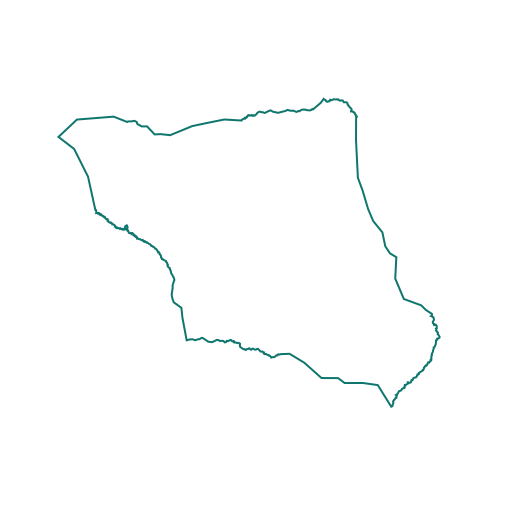 Batshireet, Hentiy, Mongolia (Albers equal-area conic projection), rotated 341°
{"feature_id": "93677404B78504825673469", "entity_name": "Batshireet", "entity_type": "district", "adm_level": 2, "iso_a3": "MNG", "parent_name": "Mongolia", "parent_adm1": "Hentiy", "projection": "albers", "projection_center": [109.766, 48.797], "detail": "fine", "context": "isolated", "style": "outline", "palette": "teal", "viewbox_px": 512, "rotation_deg": 341, "n_neighbors": 0, "source": "geoboundaries", "source_scale": "gbopen_adm2", "svg_char_len": 6150}
<svg xmlns="http://www.w3.org/2000/svg" viewBox="0 0 512 512"><g transform="rotate(341 256 256)"><path d="M371.1,129.5L367.2,132.2L357.7,135.9L357.6,135.5L356.1,135.5L355.6,135.9L354.7,136.0L351.6,134.7L349.9,133.4L349.2,133.4L348.0,132.7L345.9,132.7L344.2,133.3L343.4,132.7L341.2,133.0L338.6,130.7L336.8,130.3L334.2,128.8L333.7,128.2L330.5,128.4L323.5,127.8L319.0,125.1L317.3,123.1L315.4,123.0L310.9,123.6L309.9,122.9L309.4,122.3L308.5,122.1L306.3,120.6L304.0,121.0L302.5,122.1L300.4,122.9L299.7,122.2L299.2,122.5L298.4,122.3L298.3,121.7L298.0,121.4L297.2,121.7L296.7,121.2L295.5,121.1L295.6,120.7L295.3,120.5L294.2,120.5L292.5,121.3L292.5,121.9L291.5,122.2L290.4,121.7L290.0,122.5L289.6,122.2L288.2,122.4L288.4,122.6L287.8,122.4L286.4,123.2L270.4,116.6L254.7,114.5L238.0,112.4L214.1,113.8L205.7,109.8L199.7,108.0L195.2,98.0L190.0,96.2L188.1,93.9L187.1,93.1L186.7,91.9L187.0,91.0L186.7,90.3L185.2,88.7L183.6,88.3L182.5,88.3L179.0,87.1L177.9,87.4L166.8,77.9L131.1,68.7L108.0,79.1L118.9,95.6L123.0,126.3L119.1,160.2L119.7,160.6L119.5,160.9L119.6,161.3L119.3,162.2L119.3,162.9L118.9,163.4L120.7,163.9L120.6,164.3L121.1,164.3L121.2,164.9L121.6,164.8L121.6,165.3L122.1,165.2L122.8,165.8L122.4,166.6L123.3,166.8L123.3,167.6L124.4,168.3L124.6,168.5L124.4,168.7L124.5,169.1L125.6,169.8L125.3,170.2L125.9,170.9L125.8,171.1L126.2,172.1L127.1,172.8L127.6,172.8L127.6,173.6L127.2,174.2L127.8,174.5L127.5,175.2L127.9,176.1L128.5,176.7L129.5,176.9L129.4,177.5L130.3,178.1L130.4,179.2L131.0,179.1L131.3,179.8L132.2,180.6L132.7,182.0L132.4,182.3L132.8,182.4L132.9,182.9L132.9,183.5L133.3,183.5L133.2,184.1L134.0,184.6L134.4,184.3L136.0,185.9L136.6,185.5L136.8,185.9L136.7,186.2L137.3,186.2L137.8,187.0L138.1,187.0L138.2,187.3L138.7,187.0L139.6,187.5L139.6,187.9L139.9,187.9L141.3,187.3L141.1,186.6L142.1,185.3L143.8,184.9L144.0,185.5L143.7,186.0L144.0,186.5L143.8,187.4L143.3,187.5L142.9,188.4L142.2,188.6L142.6,188.7L142.4,189.3L142.7,190.1L143.3,190.2L143.1,191.1L143.5,191.8L143.3,192.7L144.1,193.4L144.7,193.4L145.2,194.2L145.3,193.7L146.6,194.0L147.3,195.6L147.1,196.6L147.9,196.7L147.8,197.3L148.3,197.7L148.0,198.2L148.5,198.8L149.1,198.7L149.2,200.5L149.8,200.2L150.0,201.2L150.8,202.0L152.0,202.4L152.7,203.7L154.1,203.9L154.1,205.0L154.9,205.7L155.0,206.3L155.3,206.4L155.4,205.6L156.4,206.5L156.8,207.7L157.5,207.7L158.4,209.2L160.1,211.0L160.1,212.2L161.2,212.9L161.5,213.7L162.3,214.1L162.9,215.5L162.9,216.0L164.1,217.2L164.1,217.9L164.6,218.8L164.5,219.5L164.8,220.0L164.7,220.9L165.6,221.1L165.7,222.4L165.4,223.1L166.1,223.8L166.1,225.8L165.7,226.5L166.2,227.6L166.1,228.3L166.9,228.6L167.0,229.2L169.3,231.6L169.2,232.8L169.7,233.4L169.5,234.7L169.6,235.2L169.4,235.8L169.7,235.8L169.2,237.4L170.1,238.8L170.2,239.6L170.5,239.7L170.2,240.2L170.6,241.8L170.4,242.1L170.5,242.8L170.2,244.4L170.4,245.7L170.8,246.8L170.7,248.1L171.2,249.2L171.1,251.7L171.0,252.2L169.9,253.4L167.4,256.9L166.9,258.9L163.7,265.0L163.1,269.0L163.2,273.1L168.6,280.7L166.4,290.1L163.0,313.1L165.7,313.3L168.2,313.8L169.2,314.3L171.2,315.9L173.3,315.8L175.4,316.2L178.2,315.7L179.2,316.5L183.0,321.5L186.5,323.2L191.6,322.6L192.9,323.1L194.3,324.7L195.7,324.9L197.5,325.7L198.3,327.5L199.9,327.6L200.6,326.7L202.2,327.4L204.0,327.0L204.9,327.2L205.3,327.8L205.2,328.2L205.9,329.0L207.2,329.1L207.4,329.5L207.0,330.3L207.3,330.8L208.1,330.7L209.7,332.1L211.0,332.3L211.9,333.1L211.9,333.5L212.3,333.9L211.5,335.6L211.4,336.7L213.7,340.0L214.9,340.3L215.4,341.3L215.8,341.6L216.8,341.1L218.6,341.3L219.3,341.0L219.8,341.3L220.2,342.4L221.0,343.1L222.3,342.5L223.0,342.6L224.3,344.1L225.5,344.5L226.7,344.2L227.6,344.4L228.4,345.8L229.0,347.6L229.6,348.1L230.9,348.3L231.5,349.3L231.9,349.6L231.5,349.8L231.5,350.2L231.8,350.3L231.7,350.9L232.3,351.3L232.3,351.6L233.7,352.0L234.4,353.0L235.1,353.4L235.3,353.9L235.9,354.0L236.0,354.5L237.0,355.4L237.3,357.0L238.5,357.0L240.6,357.6L242.9,356.6L243.9,357.0L244.2,356.4L245.2,356.2L246.2,356.9L247.3,356.8L255.9,359.4L266.9,372.6L278.2,392.7L293.9,398.2L298.4,404.9L315.8,410.9L329.1,417.7L335.0,443.3L335.3,442.2L336.3,442.1L337.1,440.6L337.9,440.0L338.2,439.1L338.2,438.1L339.3,437.5L339.7,436.9L340.7,436.7L341.5,435.8L342.6,435.8L342.8,435.4L342.9,434.5L343.6,434.0L343.1,433.0L344.1,432.9L344.8,432.2L345.4,432.2L347.0,430.5L349.6,430.3L351.1,429.1L352.3,428.9L353.0,429.2L353.8,428.8L353.9,428.5L353.9,427.5L354.8,427.2L354.9,426.5L355.7,426.8L356.4,426.4L358.4,426.1L358.6,425.8L358.3,425.1L358.4,424.8L358.8,424.9L359.5,425.8L361.1,426.0L362.0,425.1L362.2,424.4L362.9,423.9L363.6,424.3L365.1,422.7L367.0,422.6L367.5,422.9L368.7,422.3L369.7,421.1L370.1,421.1L370.2,420.6L371.5,420.7L371.9,419.6L376.0,418.7L376.5,418.1L377.0,418.3L378.0,417.3L378.5,416.2L379.0,416.2L379.9,415.2L380.7,415.3L381.3,414.7L381.8,415.0L382.6,414.5L382.9,413.8L384.2,412.6L385.0,413.2L386.7,412.0L387.2,412.0L387.3,411.1L387.9,411.2L388.1,410.4L388.6,410.0L388.6,408.9L389.2,408.3L389.4,407.6L390.2,406.8L390.1,406.1L392.2,404.0L392.9,402.5L393.9,401.6L394.2,400.3L395.5,400.0L396.1,399.0L397.2,398.1L398.7,394.6L399.2,394.5L399.4,394.0L400.2,394.0L400.4,393.1L401.9,393.3L402.9,393.0L403.3,392.1L402.8,389.8L402.3,389.0L403.1,387.7L402.5,386.7L402.5,386.0L401.9,385.1L402.6,384.0L402.5,383.3L403.5,383.1L404.0,381.0L403.6,379.5L402.8,379.5L402.5,378.7L401.9,379.0L401.8,377.9L401.4,377.0L401.8,375.7L403.0,374.8L403.6,374.0L403.8,371.8L403.4,371.5L402.9,370.0L402.2,370.1L402.0,369.9L402.9,369.7L403.5,368.1L399.0,362.2L396.1,356.4L381.8,344.8L380.3,322.7L388.3,302.8L383.5,297.1L381.4,288.8L383.2,274.8L378.2,261.1L377.3,248.1L378.1,228.7L377.8,215.2L388.2,179.3L395.6,158.0L396.7,157.2L396.8,156.8L396.0,156.2L396.3,154.7L395.7,154.0L395.9,152.9L395.4,152.5L395.2,151.4L394.4,151.2L393.9,150.3L392.9,150.2L393.0,149.9L393.7,149.4L394.2,148.2L393.4,146.4L393.0,146.0L392.8,144.7L392.4,144.3L392.4,143.4L391.9,142.8L392.2,141.2L392.1,140.8L391.2,139.9L389.2,139.3L388.6,137.2L387.4,136.6L386.5,136.7L385.2,135.8L385.0,134.9L384.4,134.9L383.5,134.1L382.6,134.1L380.5,133.1L378.2,133.3L377.1,132.4L375.9,133.6L375.2,133.3L373.8,133.5L372.7,132.6L372.6,131.1L371.3,130.2L371.1,129.5Z" fill="none" stroke="#0f766e" stroke-width="2"/></g></svg>